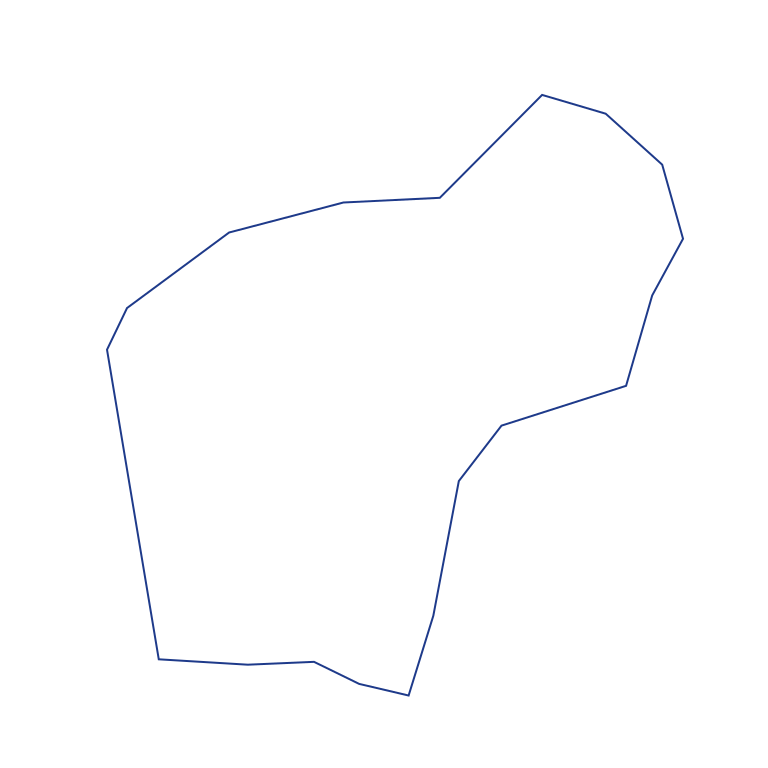 outline of Ādaži, rotated 187°
{"feature_id": "LVA-5754", "entity_name": "Ādaži", "entity_type": "Municipality", "adm_level": 1, "iso_a3": "LVA", "parent_name": "Latvia", "parent_adm1": "", "projection": "mercator", "projection_center": [24.362, 57.106], "detail": "fine", "context": "isolated", "style": "outline", "palette": "blue", "viewbox_px": 768, "rotation_deg": 187, "n_neighbors": 0, "source": "natural_earth", "source_scale": "10m", "svg_char_len": 400}
<svg xmlns="http://www.w3.org/2000/svg" viewBox="0 0 768 768"><g transform="rotate(187 384 384)"><path d="M321.6,77.8L372.1,83.3L419.6,99.7L485.0,88.8L574.0,83.3L663.1,384.3L648.3,428.1L556.2,515.5L446.4,559.2L351.3,575.6L262.3,690.2L196.9,679.3L134.6,635.6L104.9,564.6L128.6,504.6L143.5,411.7L262.3,357.0L297.9,296.8L306.8,160.0L321.6,77.8Z" fill="none" stroke="#1e3a8a" stroke-width="2"/></g></svg>